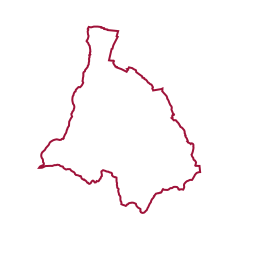 Baiculesti, Arges, Romania, rotated 210°
{"feature_id": "2599482B94313215518908", "entity_name": "Baiculesti", "entity_type": "district", "adm_level": 2, "iso_a3": "ROU", "parent_name": "Romania", "parent_adm1": "Arges", "projection": "mercator", "projection_center": [24.661, 45.06], "detail": "fine", "context": "isolated", "style": "outline", "palette": "rose", "viewbox_px": 256, "rotation_deg": 210, "n_neighbors": 0, "source": "geoboundaries", "source_scale": "gbopen_adm2", "svg_char_len": 5752}
<svg xmlns="http://www.w3.org/2000/svg" viewBox="0 0 256 256"><g transform="rotate(210 128 128)"><path d="M212.5,195.9L212.3,195.2L212.5,194.8L212.4,193.7L212.1,193.7L211.6,193.3L211.4,192.9L211.3,191.6L209.3,188.9L208.6,188.4L208.2,188.0L207.9,187.2L207.6,186.2L207.3,184.6L207.3,183.7L207.5,183.2L207.2,182.4L205.0,181.7L204.2,181.0L203.3,180.4L202.3,180.0L199.6,176.6L199.3,175.9L198.9,175.6L198.7,175.1L198.8,174.7L198.7,174.3L198.4,174.1L198.1,173.3L197.7,172.9L197.3,172.7L197.5,171.7L198.0,171.9L198.0,171.6L196.9,170.6L196.7,170.3L196.6,168.9L196.1,168.4L195.9,167.6L195.6,167.4L195.0,166.3L194.6,164.9L193.8,163.3L193.9,161.7L193.5,161.0L193.5,160.5L193.8,158.5L194.1,157.0L194.0,156.4L193.7,155.8L193.8,155.2L194.1,154.7L194.3,154.1L194.2,153.4L194.1,153.0L193.6,152.6L193.2,151.4L192.7,150.9L191.9,148.5L191.1,146.8L190.9,145.9L190.7,145.7L189.8,145.2L189.4,144.8L189.3,142.2L189.4,141.2L189.8,139.5L189.9,139.3L191.1,138.9L191.4,138.5L192.2,135.3L192.2,134.7L191.8,134.0L191.7,133.4L192.2,132.8L192.2,132.0L192.2,131.0L191.8,129.5L191.6,129.0L191.7,127.9L191.5,127.2L190.6,125.1L189.8,123.8L187.8,121.6L186.2,120.8L185.3,119.9L184.6,118.6L184.4,117.4L184.0,116.3L184.0,115.7L184.3,114.4L184.0,113.3L184.1,111.8L183.2,110.8L182.1,109.9L182.3,107.8L182.2,106.1L182.1,104.1L180.2,100.4L180.3,99.4L180.3,98.5L180.3,97.4L180.0,96.7L179.9,96.1L180.0,95.8L179.9,95.4L179.3,93.4L179.2,92.7L179.3,90.8L178.9,87.3L178.5,86.9L178.7,86.1L179.1,86.1L179.9,85.3L180.0,84.5L181.1,83.5L184.0,82.6L185.2,81.6L186.6,80.1L187.8,78.0L188.4,76.5L188.4,75.9L188.2,73.7L189.1,69.6L189.0,67.6L190.1,64.1L190.1,63.1L190.0,62.4L189.6,61.2L189.0,60.2L188.3,59.5L187.7,59.0L186.5,58.5L185.7,57.8L185.1,56.9L184.4,55.9L183.7,55.7L182.9,54.9L182.7,54.3L182.8,53.6L184.7,51.1L185.0,50.3L185.1,49.0L183.3,50.1L182.3,50.9L180.4,53.8L175.8,56.7L174.7,57.2L173.1,59.1L171.7,59.9L170.9,60.8L169.0,61.6L167.9,61.3L166.5,61.5L165.8,61.8L165.1,62.0L163.7,61.1L161.2,61.0L160.6,61.3L159.9,62.1L157.8,63.3L157.2,63.3L156.1,62.7L153.8,62.6L153.2,62.8L151.7,62.4L150.8,61.6L150.4,61.6L149.7,61.3L147.7,62.0L146.6,62.2L145.8,62.1L145.0,62.7L144.2,62.3L143.3,61.4L142.4,61.0L141.2,61.0L140.6,61.4L140.2,61.0L139.8,61.0L139.6,61.3L138.6,61.3L137.1,60.9L136.3,60.4L135.6,60.3L135.1,60.6L134.9,60.5L134.7,60.3L133.7,60.2L133.2,60.7L132.9,61.2L132.7,61.9L132.8,62.7L132.6,64.1L132.1,64.9L131.4,65.0L129.6,64.2L128.7,64.8L128.6,66.4L128.0,66.5L127.2,66.9L126.7,68.1L126.9,68.6L126.8,70.0L126.5,70.5L126.9,71.9L126.6,73.4L127.0,73.8L127.2,74.4L129.2,76.7L129.3,77.2L128.5,79.0L125.8,79.6L125.3,79.5L124.3,79.8L123.0,80.4L122.4,80.3L121.5,80.4L120.9,80.7L119.8,80.9L119.5,80.6L118.8,80.3L118.2,79.1L116.9,78.6L114.8,78.8L114.5,79.1L113.2,79.3L112.0,77.4L111.8,76.9L110.7,75.4L109.9,74.8L109.2,73.1L108.6,72.6L107.6,71.1L107.2,70.8L106.1,70.7L105.6,70.4L105.3,69.6L105.2,68.9L104.6,68.1L103.9,67.4L103.2,66.8L102.5,65.8L100.6,65.0L99.7,63.9L99.0,62.5L97.9,61.1L97.2,60.9L96.2,59.8L95.7,58.7L93.8,58.9L92.3,59.3L91.0,59.4L90.6,60.1L90.6,61.2L89.9,62.0L89.8,63.0L88.6,64.3L87.9,64.7L87.4,65.3L86.1,65.9L85.2,66.1L83.3,66.3L81.9,64.9L79.7,64.1L76.8,64.1L76.2,63.3L75.8,62.2L75.4,62.1L74.7,61.5L73.2,61.6L72.2,62.3L71.7,62.9L71.4,63.7L71.1,65.3L70.8,65.8L70.7,66.4L71.0,68.6L70.9,69.5L71.1,71.0L71.3,73.1L71.2,73.9L71.2,74.8L71.1,75.0L71.1,75.3L71.4,76.1L71.6,77.2L71.5,78.1L71.6,78.5L71.2,79.9L71.3,81.0L71.1,81.4L71.1,82.0L71.4,82.3L71.2,82.6L71.2,83.8L71.0,84.4L71.0,85.0L69.2,86.8L68.7,86.9L68.3,87.7L67.9,88.0L67.5,88.1L67.3,88.3L67.4,88.7L67.0,89.1L67.1,91.0L67.2,91.8L67.2,92.3L67.1,92.6L66.0,92.5L63.2,93.9L62.7,94.2L61.9,95.3L61.8,95.8L61.2,97.1L60.7,97.5L60.3,97.6L59.8,98.0L59.1,99.6L58.7,100.0L57.0,101.0L55.9,101.4L53.9,100.7L53.6,100.1L52.6,100.2L52.2,100.7L51.4,101.5L50.5,101.9L49.4,102.2L49.4,102.9L49.6,104.5L50.0,105.3L50.9,106.4L51.2,107.2L51.3,107.5L51.2,108.5L50.8,110.3L50.3,111.5L49.4,112.5L48.5,113.9L48.0,114.3L46.6,115.0L46.5,116.0L46.5,119.6L46.6,120.9L46.3,122.6L46.0,123.5L45.4,124.2L44.4,125.3L43.5,125.9L47.1,130.9L50.6,129.0L51.1,129.3L51.1,130.0L51.9,132.3L53.7,133.3L54.4,133.2L55.5,133.5L56.4,134.6L58.3,135.5L59.7,136.7L59.6,137.6L60.1,140.0L61.0,142.7L61.6,144.0L62.1,144.4L62.2,144.9L63.0,146.2L63.3,146.4L63.9,146.7L64.6,146.7L65.3,146.5L65.7,146.2L65.7,145.5L66.7,145.7L68.9,145.5L69.1,145.9L70.1,146.1L69.9,146.8L71.9,148.4L73.5,149.1L74.0,149.4L74.3,150.1L74.6,150.2L74.5,150.4L75.0,150.7L75.6,151.4L76.3,151.8L76.6,152.2L76.8,152.8L78.1,154.1L80.5,155.0L81.8,155.3L82.9,155.2L83.6,155.4L83.8,155.7L84.4,156.2L85.0,156.3L85.8,157.0L86.5,157.1L86.9,157.5L87.5,157.7L88.4,157.8L89.4,158.3L90.5,158.6L90.8,158.3L91.1,158.3L91.5,158.1L92.2,157.5L92.3,157.5L93.0,157.9L95.1,158.4L94.6,159.0L94.6,159.3L94.8,159.6L95.4,159.9L95.5,160.4L95.9,161.0L95.8,161.6L94.9,162.1L95.0,162.8L96.3,163.1L99.2,165.4L99.7,165.9L100.1,167.3L101.1,168.4L102.9,169.1L105.0,170.6L106.5,171.9L107.8,172.7L108.7,173.0L108.9,173.5L110.3,174.8L112.8,175.7L113.6,175.9L116.8,177.0L117.0,177.7L117.9,179.4L118.6,178.4L125.0,173.1L125.5,173.7L126.6,174.2L126.8,174.5L126.8,175.0L126.7,175.6L127.1,176.0L129.4,177.3L130.9,177.1L132.6,177.5L133.4,177.4L135.6,178.5L136.8,178.8L138.2,178.6L138.9,179.3L139.3,179.3L140.7,178.8L141.6,179.8L148.8,180.5L149.9,181.9L150.1,182.0L153.1,181.8L153.8,182.0L154.2,182.0L157.5,181.0L157.3,179.6L158.3,178.6L157.2,178.2L157.3,178.0L157.3,176.0L163.2,175.7L168.1,174.8L168.2,175.3L169.7,174.9L170.1,175.3L171.6,175.9L172.9,176.7L173.4,177.1L173.6,178.9L174.2,179.1L176.1,178.0L178.3,177.1L181.7,188.2L181.1,188.9L181.9,191.7L182.1,193.0L182.5,201.8L183.7,201.7L185.0,207.0L194.7,202.6L195.1,203.0L198.2,201.8L198.6,202.5L201.2,201.5L201.5,202.1L205.1,200.6L208.2,198.8L210.3,196.7L212.5,195.9Z" fill="none" stroke="#9f1239" stroke-width="2"/></g></svg>